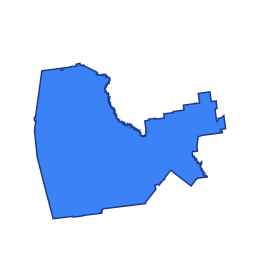 Hay, New South Wales, Australia (Mercator projection), rotated 75°
{"feature_id": "25037944B78300731498703", "entity_name": "Hay", "entity_type": "district", "adm_level": 2, "iso_a3": "AUS", "parent_name": "Australia", "parent_adm1": "New South Wales", "projection": "mercator", "projection_center": [144.56, -34.157], "detail": "fine", "context": "isolated", "style": "filled", "palette": "blue", "viewbox_px": 256, "rotation_deg": 75, "n_neighbors": 0, "source": "geoboundaries", "source_scale": "gbopen_adm2", "svg_char_len": 5886}
<svg xmlns="http://www.w3.org/2000/svg" viewBox="0 0 256 256"><g transform="rotate(75 128 128)"><path d="M55.5,155.2L55.2,157.9L53.1,157.7L53.0,161.5L54.8,161.8L53.9,167.8L54.3,167.9L53.2,175.8L55.0,176.0L54.8,177.6L53.0,177.4L50.5,196.4L92.8,214.2L93.1,213.4L93.0,214.7L94.2,214.9L94.1,216.0L96.8,216.4L97.0,215.1L106.3,219.0L132.5,223.2L173.5,223.7L177.2,223.6L177.5,223.3L181.5,223.8L181.8,223.6L196.2,223.8L199.1,203.9L199.9,204.0L201.2,194.3L200.8,194.3L203.4,175.9L202.9,176.1L202.7,175.5L202.4,175.9L202.3,175.0L201.9,174.8L200.7,174.9L200.6,173.9L199.5,173.5L205.5,130.8L205.4,130.4L204.3,130.3L194.9,117.6L194.4,117.6L194.5,117.1L190.0,116.5L190.5,113.0L191.2,112.8L189.4,110.3L188.8,110.2L188.9,109.7L187.1,107.3L187.3,106.0L186.0,105.8L179.8,97.7L200.4,82.0L195.2,75.5L195.3,74.7L194.4,74.5L195.8,64.2L195.4,64.1L195.4,64.6L194.5,64.6L194.6,65.2L193.9,65.4L193.7,66.3L194.0,66.4L193.4,66.8L193.5,67.1L193.0,67.3L192.8,66.7L192.1,66.5L191.9,66.8L191.7,66.0L191.5,66.5L190.9,66.3L190.7,66.9L189.5,66.3L189.5,66.7L188.4,67.0L188.5,67.4L187.6,68.0L187.2,67.9L187.4,67.3L186.8,67.3L186.8,67.7L186.5,67.3L186.3,67.7L185.8,67.5L184.7,68.1L183.9,67.8L183.9,68.2L183.4,68.2L183.4,67.8L182.7,67.7L182.9,67.4L181.9,66.9L182.0,66.3L180.9,66.0L180.9,66.4L180.6,66.2L180.8,66.6L180.4,66.5L181.0,67.2L180.6,67.3L180.6,68.0L180.2,68.0L180.6,68.2L180.2,68.8L180.4,69.1L180.0,69.0L180.3,69.5L179.6,69.5L179.5,69.1L179.4,69.7L179.1,69.6L179.4,69.9L179.0,69.7L179.1,70.1L178.7,69.9L178.7,70.2L178.4,69.5L178.4,70.1L176.4,69.9L176.5,70.4L176.1,70.3L176.1,70.7L175.8,70.2L176.0,70.1L175.4,70.1L175.6,70.5L174.8,70.7L174.8,71.3L174.0,71.4L174.0,71.9L173.8,71.3L172.5,71.4L172.6,71.9L172.3,72.1L172.6,72.5L171.9,72.5L171.9,72.8L167.6,72.1L167.3,70.8L167.9,70.3L168.4,66.9L164.0,66.3L154.4,62.5L154.6,60.9L154.2,58.9L157.0,38.1L155.4,37.9L155.2,39.2L153.3,39.0L154.0,33.9L140.7,32.2L142.3,35.2L142.0,38.4L143.9,38.8L144.8,40.7L131.9,39.0L132.2,37.0L127.2,36.4L124.8,35.7L123.9,40.8L114.3,39.5L112.8,51.2L122.4,52.4L121.9,56.5L121.3,57.0L121.7,57.6L120.3,68.6L125.2,69.3L123.8,80.1L124.9,80.3L123.6,89.8L127.8,90.3L126.6,99.0L125.8,98.9L124.8,105.9L125.9,106.1L125.5,109.9L136.0,111.3L136.0,111.8L140.2,112.6L140.3,113.8L139.6,113.9L140.0,114.2L139.8,114.9L140.3,115.0L140.3,115.5L139.8,115.5L139.6,116.5L139.3,116.0L139.1,116.8L138.7,116.5L139.0,116.9L138.6,117.5L138.9,117.7L138.3,117.4L138.1,117.7L138.0,117.2L137.2,117.6L136.6,117.2L136.2,117.5L136.3,117.0L136.1,116.9L134.9,117.4L135.0,117.8L134.2,117.6L134.3,118.0L133.8,117.9L133.7,118.2L133.5,117.9L133.5,118.4L133.2,118.2L133.0,118.6L133.2,119.1L132.8,119.0L133.0,119.4L132.6,119.4L132.4,120.0L131.9,119.7L131.8,120.1L131.4,120.0L131.4,120.5L131.0,120.5L131.3,120.9L130.9,121.0L131.2,121.5L130.8,121.4L130.7,122.2L130.4,121.9L130.2,122.4L129.6,122.0L129.3,122.3L129.2,122.0L129.0,122.4L128.5,122.3L128.8,122.9L128.3,123.4L128.7,123.7L128.1,123.6L128.3,124.0L127.8,123.9L127.5,124.3L127.2,124.0L127.4,124.6L126.7,124.0L126.4,124.2L126.6,123.8L126.2,124.1L125.9,123.7L125.6,124.4L125.2,124.4L125.4,125.6L125.0,125.4L125.0,125.8L124.6,125.8L124.9,126.1L124.6,126.4L125.0,126.8L124.4,127.1L124.4,127.8L124.1,127.8L124.4,128.0L124.2,128.5L124.9,128.4L124.4,128.8L124.6,129.4L124.2,129.5L124.6,129.8L124.0,129.8L124.2,130.2L123.4,130.0L123.6,130.5L123.3,130.4L122.9,131.2L122.6,130.9L122.5,131.4L122.2,131.1L122.3,131.6L121.8,131.2L121.7,131.5L121.6,131.1L121.4,131.6L121.1,131.3L121.0,131.9L120.7,131.9L121.0,132.3L120.2,132.7L120.3,133.6L119.7,134.0L119.6,133.7L119.2,134.7L118.9,134.6L119.2,134.9L118.7,134.9L119.0,135.1L118.7,135.3L118.2,135.1L118.0,135.5L117.5,135.4L117.5,135.1L117.2,135.5L117.0,135.3L117.0,135.7L116.6,135.6L116.5,136.0L116.1,135.8L115.9,136.3L116.1,136.3L115.6,136.3L115.4,136.7L114.1,136.0L114.2,136.4L113.9,136.7L114.2,136.7L113.8,136.9L113.5,136.9L113.5,136.3L113.0,136.6L112.5,136.0L112.2,136.3L111.7,136.1L111.7,136.4L111.3,136.0L111.0,136.4L111.2,136.7L110.7,137.2L110.3,137.0L110.3,137.4L109.9,137.0L109.6,137.3L109.6,136.8L109.1,136.9L109.0,136.5L108.7,136.6L108.8,136.2L108.6,136.7L108.3,136.3L108.2,136.7L107.7,136.9L107.5,136.5L106.4,136.1L106.0,136.4L106.0,136.9L105.7,136.8L106.1,137.4L104.4,137.6L104.8,138.0L104.4,138.4L104.9,138.4L104.4,138.9L103.8,138.3L103.3,138.5L103.6,138.9L102.8,139.3L102.5,138.7L101.7,139.0L101.7,138.7L101.6,139.1L101.3,139.1L101.7,139.4L101.1,139.5L100.8,139.2L100.8,139.5L100.5,139.3L100.0,139.6L100.1,139.3L99.8,139.5L99.1,138.7L98.9,139.2L98.4,139.0L98.5,139.7L97.9,139.9L97.7,139.2L97.0,138.9L96.3,138.9L96.3,139.6L95.8,139.6L95.9,139.8L95.5,139.6L95.1,138.1L94.7,138.4L93.8,137.9L94.0,138.4L93.7,138.7L94.1,139.2L93.4,139.1L93.0,139.5L92.5,138.7L92.9,138.5L92.7,138.3L91.9,138.4L92.0,138.8L91.3,138.7L91.3,138.2L90.1,137.8L89.8,138.3L89.0,138.1L89.0,138.8L89.4,139.3L88.7,139.2L88.4,139.3L88.5,139.6L87.9,139.6L87.9,140.0L87.5,139.9L87.7,140.6L87.3,140.2L87.1,140.6L86.8,140.2L86.8,140.6L85.9,140.8L85.0,140.2L84.3,140.3L84.1,139.7L83.8,140.0L83.3,139.4L83.0,139.6L82.9,138.9L82.5,139.0L82.4,138.2L82.1,138.3L82.2,138.0L81.6,137.6L81.4,137.9L81.0,137.7L81.2,137.2L81.0,136.8L80.7,136.7L80.6,137.1L80.4,136.5L79.6,136.6L79.7,136.0L80.0,136.0L79.8,135.6L80.0,134.9L79.4,134.7L79.4,134.4L78.8,134.3L78.7,134.7L78.3,134.1L77.6,134.2L77.0,133.7L77.1,133.1L75.6,132.8L75.2,132.1L75.3,132.5L74.4,133.0L73.7,134.3L74.0,134.5L73.5,135.1L73.6,135.6L73.3,135.3L72.7,135.7L72.7,135.3L72.3,135.4L72.3,135.0L71.8,135.3L71.9,135.6L71.3,135.5L71.3,135.8L70.8,135.8L70.8,136.4L70.2,136.4L70.6,137.0L70.1,137.6L70.5,137.7L70.3,138.0L70.6,137.9L70.1,138.6L70.6,138.8L69.9,139.3L70.3,140.0L69.5,140.2L69.8,142.1L69.6,142.7L69.0,143.0L69.2,143.3L68.9,143.4L69.0,143.6L68.6,144.0L68.4,143.6L68.2,144.1L68.0,143.6L67.3,143.8L67.2,143.5L66.5,143.9L66.4,143.5L66.0,143.6L56.9,154.0L56.3,154.1L56.4,154.7L56.0,155.0L56.2,155.5L55.5,155.2Z" fill="#3b82f6" stroke="#1e3a8a" stroke-width="1.5"/></g></svg>